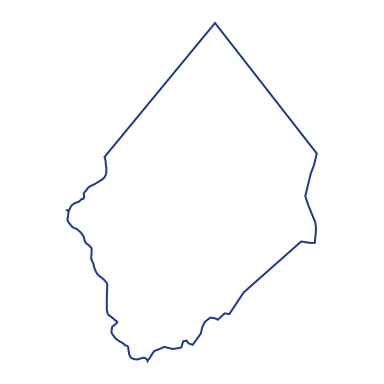 the district of Motete, Choiseul, Saint Lucia
{"feature_id": "8701671B26969099511197", "entity_name": "Motete", "entity_type": "district", "adm_level": 2, "iso_a3": "LCA", "parent_name": "Saint Lucia", "parent_adm1": "Choiseul", "projection": "orthographic", "projection_center": [-61.026, 13.814], "detail": "fine", "context": "isolated", "style": "outline", "palette": "blue", "viewbox_px": 384, "rotation_deg": 0, "n_neighbors": 0, "source": "geoboundaries", "source_scale": "gbopen_adm2", "svg_char_len": 5906}
<svg xmlns="http://www.w3.org/2000/svg" viewBox="0 0 384 384"><path d="M215.0,23.0L104.5,157.0L105.1,158.6L105.2,159.2L105.3,159.7L105.4,160.2L105.5,160.7L105.6,161.6L105.7,162.3L105.7,162.8L105.7,163.3L105.8,163.8L105.8,164.3L105.9,164.8L105.9,165.2L106.0,165.7L106.1,166.2L106.2,166.8L106.3,167.4L106.3,168.3L106.3,169.2L106.3,169.9L106.3,170.5L106.4,170.9L106.4,171.3L106.3,171.8L106.3,172.3L106.3,172.8L106.2,173.2L106.1,173.7L106.0,174.1L105.8,174.5L105.7,174.9L105.4,175.7L105.1,176.2L104.8,176.7L104.5,177.1L103.9,177.9L103.5,178.3L102.8,179.0L102.4,179.3L102.1,179.5L101.4,179.9L101.0,180.2L100.2,180.7L99.8,180.9L99.4,181.2L98.6,181.7L98.0,182.1L97.6,182.4L96.8,182.8L96.4,183.1L96.1,183.2L95.7,183.5L95.3,183.8L94.8,184.0L94.4,184.3L94.1,184.4L93.5,184.7L92.5,185.2L92.2,185.3L91.7,185.5L91.2,185.8L90.7,186.0L90.3,186.2L89.9,186.4L89.5,186.7L89.0,187.0L88.7,187.3L88.4,187.5L87.9,188.0L87.3,188.8L87.1,189.2L86.8,189.6L86.6,189.9L86.2,190.4L86.0,190.7L85.6,191.1L85.3,191.4L84.9,191.7L84.6,192.1L84.3,192.5L84.1,192.9L84.0,193.2L83.8,193.6L83.8,194.1L83.8,194.8L83.8,195.2L83.9,195.7L84.1,196.2L84.2,196.6L84.2,197.3L84.0,197.8L83.7,198.2L83.4,198.6L83.1,198.9L82.6,199.1L82.2,198.8L81.7,199.0L81.4,199.3L81.1,199.6L80.7,200.1L80.2,200.5L79.8,200.8L79.5,201.2L79.2,201.4L79.0,201.6L78.5,201.8L78.2,202.0L77.8,202.1L77.4,202.2L77.0,202.4L76.5,202.6L76.0,202.7L75.6,202.9L75.1,203.1L74.6,203.3L73.7,203.8L73.0,204.3L72.3,204.9L71.9,205.2L71.6,205.6L71.2,206.1L70.9,206.5L70.7,206.9L70.5,207.3L70.3,207.8L70.1,208.3L69.9,208.7L69.7,209.1L69.5,209.6L69.3,210.0L67.2,210.3L68.6,211.5L67.9,217.1L67.4,218.5L67.5,219.1L67.7,220.1L67.8,220.5L67.9,221.0L68.1,221.5L68.3,221.9L68.6,222.3L68.9,222.7L69.1,223.0L69.4,223.3L69.7,223.7L70.0,224.1L70.3,224.5L70.9,225.3L71.3,225.8L71.7,226.1L71.9,226.4L72.7,227.1L73.2,227.5L73.7,227.8L74.2,228.0L75.0,228.4L75.5,228.5L76.4,228.7L76.7,229.0L77.1,229.3L77.5,229.6L77.8,229.8L78.5,230.4L78.8,230.7L79.6,231.4L80.0,231.7L80.3,232.0L80.6,232.4L81.0,232.7L81.3,233.1L81.6,233.5L81.8,234.0L82.0,234.2L82.7,235.2L83.0,235.6L83.3,235.9L83.5,236.3L83.7,236.8L83.8,237.3L83.9,237.7L84.1,238.1L84.2,238.7L84.3,239.1L84.5,240.1L84.8,240.9L84.9,241.3L85.2,241.7L85.6,242.5L85.9,242.9L86.3,243.3L87.2,244.1L87.5,244.4L88.0,244.6L88.4,244.8L88.7,245.1L89.0,245.4L89.4,245.7L89.8,246.0L90.1,246.4L90.5,247.0L90.9,247.4L91.3,247.7L91.4,248.1L91.6,248.6L91.7,249.1L91.7,249.6L91.7,250.0L91.7,250.5L91.6,251.0L91.6,251.5L91.6,252.0L91.5,252.5L91.5,253.0L91.5,253.4L91.5,253.8L91.4,254.3L91.4,254.9L91.4,255.7L91.3,256.2L91.3,256.7L91.3,257.3L91.3,257.8L91.3,259.0L91.3,259.5L91.5,259.8L91.8,260.3L92.0,260.7L92.2,261.2L92.4,261.6L92.6,262.0L92.8,262.4L93.0,262.8L93.1,263.3L93.3,263.8L93.5,264.2L93.7,265.2L93.8,265.6L93.9,266.1L94.0,266.6L94.1,266.9L94.3,267.4L94.4,267.8L94.7,268.7L94.8,269.2L95.0,269.6L95.2,270.0L95.6,270.8L95.8,271.2L96.0,271.6L96.2,272.1L96.4,272.5L96.6,272.9L96.9,273.3L97.1,273.7L97.4,274.1L97.6,274.4L97.9,274.7L98.2,275.1L98.6,275.4L98.9,275.7L99.4,275.9L99.8,276.2L100.1,276.6L100.5,276.8L100.9,277.1L102.1,278.1L102.5,278.4L102.8,278.7L103.2,279.0L103.5,279.3L103.9,279.6L104.2,280.0L104.5,280.3L104.8,280.7L105.4,281.4L105.8,281.8L106.2,282.2L106.4,282.5L106.7,282.9L106.9,283.4L107.2,284.3L107.3,284.8L107.3,285.5L107.3,285.9L107.2,286.7L107.1,287.5L107.1,287.9L107.1,288.4L107.1,288.9L107.1,289.6L107.1,290.3L107.0,290.7L107.0,291.1L107.0,291.6L107.0,292.9L106.9,293.3L106.9,293.8L106.9,294.2L106.9,296.8L106.9,297.1L106.9,297.5L106.8,298.0L106.8,299.1L106.8,299.5L106.8,303.9L106.9,304.9L106.9,307.1L106.8,307.6L106.8,308.2L106.8,309.1L106.8,309.4L106.9,310.1L107.0,310.7L107.1,311.2L107.3,312.1L107.3,312.5L107.6,313.0L107.7,313.5L107.9,314.0L108.2,314.5L108.6,314.9L108.9,315.3L109.4,315.6L109.8,316.0L110.2,316.2L111.3,317.0L111.7,317.3L112.1,317.6L112.5,317.9L112.9,318.2L113.5,318.7L113.9,319.2L114.3,319.5L114.7,319.9L115.0,320.1L115.4,320.4L115.7,320.6L115.9,320.8L116.3,321.1L116.7,321.4L117.1,321.7L117.2,322.1L117.2,322.4L117.0,322.8L116.7,323.1L116.3,323.4L116.0,323.7L115.3,324.3L114.9,324.7L114.0,325.4L113.5,325.7L113.0,326.1L112.7,326.4L112.4,326.7L112.1,327.2L112.0,327.8L111.9,328.3L111.9,328.7L111.8,329.1L111.8,329.5L111.7,329.9L111.6,330.4L111.5,330.9L111.4,331.3L111.4,331.7L111.5,332.2L111.6,332.6L111.8,333.1L112.0,333.5L112.2,333.9L112.4,334.3L112.7,334.7L113.0,335.1L113.3,335.5L113.6,335.8L113.9,336.3L114.2,336.6L114.5,337.0L114.7,337.3L115.0,337.6L115.2,338.0L115.5,338.4L115.9,338.8L116.2,339.0L116.6,339.3L117.0,339.6L117.5,339.9L117.9,340.2L118.2,340.5L118.7,340.8L119.1,341.1L119.4,341.3L120.2,341.7L120.6,342.0L120.9,342.1L121.3,342.3L121.6,342.5L122.0,342.7L122.4,342.9L122.9,343.2L123.2,343.4L123.5,343.8L123.9,344.2L124.5,344.8L124.9,345.2L125.4,345.3L126.3,345.6L127.1,345.9L127.5,346.2L127.8,346.5L128.0,347.0L128.2,347.3L128.3,347.8L128.3,348.3L128.3,348.7L128.4,349.2L128.5,349.7L128.6,350.2L128.6,350.7L128.6,351.1L128.8,351.6L128.8,352.1L128.9,352.5L129.0,352.9L129.0,353.5L129.1,354.0L129.2,354.4L129.4,354.9L129.6,355.3L129.8,355.7L130.0,356.0L130.3,356.4L130.4,356.7L130.6,357.2L130.8,357.6L131.3,357.9L131.7,358.1L132.1,358.4L132.4,358.5L132.9,358.7L133.4,358.9L133.9,359.0L134.4,359.1L134.8,359.2L135.3,359.3L135.9,359.3L136.4,359.3L137.0,359.4L137.5,359.4L138.0,359.4L138.4,359.2L138.8,359.1L139.3,358.9L140.2,358.6L141.6,358.2L142.1,358.0L142.6,357.8L143.6,357.8L144.0,357.8L144.5,357.9L145.0,358.1L145.3,358.3L145.8,358.5L146.2,358.8L146.5,359.2L147.0,359.6L147.3,360.0L147.5,360.4L147.6,361.0L154.1,351.1L159.5,349.0L164.2,346.9L173.0,349.0L181.2,347.6L183.2,341.3L186.6,340.6L188.6,343.4L192.7,344.8L200.8,333.6L202.2,327.4L204.9,321.8L210.3,317.6L215.1,318.3L217.8,319.7L224.6,313.4L229.3,314.1L243.6,292.5L301.2,241.5L310.0,242.9L314.8,242.9L316.1,228.9L315.4,222.6L308.0,204.5L305.3,196.1L310.7,173.8L314.1,164.7L316.8,153.5L215.0,23.0Z" fill="none" stroke="#1e3a8a" stroke-width="2"/></svg>